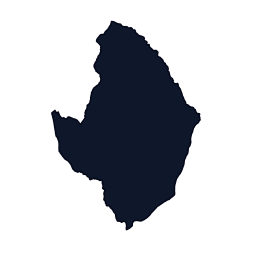 Garagoa, Boyacá, Colombia, rotated 125°
{"feature_id": "7082276B73861688893485", "entity_name": "Garagoa", "entity_type": "district", "adm_level": 2, "iso_a3": "COL", "parent_name": "Colombia", "parent_adm1": "Boyacá", "projection": "albers", "projection_center": [-73.307, 5.088], "detail": "fine", "context": "isolated", "style": "filled", "palette": "ink", "viewbox_px": 256, "rotation_deg": 125, "n_neighbors": 0, "source": "geoboundaries", "source_scale": "gbopen_adm2", "svg_char_len": 5820}
<svg xmlns="http://www.w3.org/2000/svg" viewBox="0 0 256 256"><g transform="rotate(125 128 128)"><path d="M174.0,58.4L171.2,57.4L170.7,57.1L168.7,56.5L165.5,55.0L163.9,54.3L162.9,53.4L160.8,53.0L158.7,52.2L156.5,51.7L156.0,51.7L154.6,52.4L153.7,53.3L152.0,54.5L149.3,56.3L148.2,56.9L142.6,59.0L140.8,59.3L136.9,59.4L135.9,59.3L135.6,59.2L132.8,59.6L131.6,59.8L126.0,61.4L125.0,61.8L124.5,62.2L123.7,62.5L121.8,63.6L119.2,63.9L118.3,64.4L116.7,64.4L114.3,64.7L111.5,66.1L110.4,66.9L109.4,67.3L108.0,67.2L106.6,67.3L105.7,67.7L104.1,68.2L103.6,68.5L101.5,70.3L100.5,70.9L97.1,72.4L94.0,73.1L90.8,74.3L86.6,74.6L83.4,73.6L82.4,73.6L80.9,73.9L80.6,73.9L80.2,73.6L79.9,73.7L79.1,74.7L78.0,75.4L77.4,76.7L75.5,77.3L75.4,77.6L75.5,78.0L76.4,79.5L76.4,80.2L75.6,82.0L74.5,83.5L74.4,83.7L74.7,84.6L74.6,84.8L74.0,85.8L73.9,86.1L74.0,86.8L74.6,88.1L75.1,89.9L74.8,91.5L74.8,91.9L75.0,92.9L75.5,94.3L75.4,94.5L74.7,94.9L74.4,95.1L73.8,95.9L73.6,96.4L73.5,96.9L73.1,97.3L72.5,98.7L71.3,100.2L70.5,101.9L68.7,104.0L67.8,105.4L66.3,107.4L65.2,110.3L64.9,110.8L64.7,111.1L63.7,111.9L63.2,112.6L63.1,112.9L63.4,113.2L64.4,114.0L64.5,114.3L64.9,115.9L64.9,116.6L64.8,117.1L64.6,117.5L64.3,117.8L63.4,117.9L62.9,118.6L62.6,119.4L62.1,120.0L62.2,121.5L62.0,122.0L62.1,122.4L62.0,122.7L61.2,123.6L61.0,124.4L60.3,124.7L59.8,125.4L58.9,126.3L58.6,126.7L58.4,128.1L58.3,128.4L56.9,128.8L55.9,129.6L55.2,130.6L55.1,131.0L54.7,133.3L53.8,134.6L53.8,135.0L53.9,135.9L53.8,136.5L53.6,137.0L52.9,137.8L52.6,138.2L52.3,139.1L51.8,142.0L52.3,144.3L52.2,144.8L51.5,145.6L50.9,146.0L49.1,146.8L48.7,147.2L48.6,147.5L48.4,149.5L49.9,151.3L50.0,152.0L49.6,154.0L49.4,155.9L49.2,157.0L48.7,157.6L47.7,158.4L47.6,158.6L47.7,158.9L48.7,159.8L48.8,160.4L48.7,160.6L48.3,161.1L47.2,161.4L46.9,161.6L46.6,162.2L46.6,162.6L46.9,163.9L46.7,165.2L46.4,165.6L45.1,166.2L44.9,166.4L44.8,166.7L44.7,167.5L45.0,169.1L45.4,170.5L45.9,171.9L46.0,172.4L46.0,172.8L45.5,174.6L45.6,176.3L44.2,178.0L43.9,178.7L44.5,179.5L44.7,179.9L44.7,180.5L44.2,181.6L44.1,182.2L44.2,183.2L44.6,183.7L45.7,184.5L45.9,184.9L45.6,186.5L46.1,187.5L46.4,188.2L46.7,188.5L47.5,189.6L47.8,190.6L47.8,192.1L47.4,193.0L47.3,193.6L47.5,194.2L48.2,195.5L48.5,196.4L48.9,198.0L49.1,200.3L49.9,202.1L50.2,202.5L53.3,201.4L55.8,201.3L57.9,201.1L59.0,201.2L62.2,201.8L63.3,201.6L64.2,201.5L65.0,201.6L65.6,201.8L66.5,203.2L67.4,203.9L67.8,204.0L71.0,204.3L72.6,204.3L73.6,204.2L75.0,203.5L75.6,199.3L76.4,197.3L76.8,196.8L77.1,196.6L77.5,196.6L78.5,195.6L79.4,195.5L79.6,195.4L80.1,194.7L81.2,194.1L81.9,194.0L82.6,193.7L83.3,193.5L85.2,193.4L86.2,193.6L86.6,193.5L87.7,193.0L89.3,193.0L91.3,192.2L91.9,192.2L92.6,192.4L93.1,192.2L94.4,192.0L95.4,192.0L95.6,191.8L95.7,191.2L96.5,191.4L97.1,191.0L97.4,190.7L97.6,190.1L98.2,189.2L99.1,187.4L99.7,186.9L99.7,186.1L99.6,185.8L99.9,184.7L99.9,182.4L100.0,181.6L100.1,181.4L101.4,180.7L101.8,180.3L102.3,179.4L103.0,178.6L104.1,177.8L105.7,177.2L106.3,177.1L106.9,177.1L107.9,177.4L108.3,177.2L109.0,176.9L111.5,177.9L112.1,178.1L113.1,178.0L114.0,178.8L114.6,178.8L115.3,178.7L116.4,178.8L117.9,178.4L118.7,178.0L119.3,178.1L119.6,178.3L120.9,177.5L122.7,176.8L123.6,176.2L124.2,176.2L125.5,175.2L127.9,174.3L128.8,173.8L129.1,173.7L131.3,173.8L132.4,174.3L132.8,174.4L133.5,173.9L135.5,172.8L136.2,172.7L136.4,172.5L136.9,172.4L137.6,172.7L137.8,172.7L138.7,172.2L139.7,172.1L140.5,171.6L140.5,171.3L140.9,170.9L141.5,170.6L142.4,170.5L143.3,169.9L143.7,169.3L144.1,168.9L152.3,168.9L152.0,170.7L151.4,172.0L151.4,172.5L151.0,173.6L150.9,174.2L151.0,175.8L151.8,178.0L152.7,182.3L152.8,182.6L153.3,183.3L153.8,183.4L155.5,183.5L156.1,183.6L156.4,184.3L156.5,186.5L156.7,186.8L157.6,187.3L157.9,187.9L157.8,188.3L157.6,189.7L157.3,190.7L155.6,193.5L155.0,194.2L155.4,194.6L156.7,195.1L155.6,197.9L157.7,198.6L159.4,199.0L159.7,198.8L161.8,196.3L163.8,194.0L166.1,191.6L169.5,188.4L172.5,185.4L173.8,184.3L175.5,182.5L175.9,182.0L176.1,181.3L176.2,180.5L178.3,177.5L179.1,176.5L181.6,174.5L183.4,173.4L186.3,171.2L186.6,170.8L186.7,169.9L187.0,169.4L187.3,169.0L187.8,167.1L188.5,165.4L189.5,161.8L189.3,158.2L189.4,157.6L190.3,154.6L190.8,153.3L192.9,150.1L193.2,149.3L193.5,147.6L193.7,147.3L193.0,143.9L192.8,143.6L191.6,143.2L191.0,142.7L191.1,142.2L191.4,141.8L191.4,141.6L190.8,141.3L190.6,141.1L190.6,140.8L190.9,140.3L190.4,139.4L190.6,139.0L191.4,138.4L191.3,138.0L190.3,135.6L190.3,134.8L190.4,134.4L191.0,133.7L191.0,133.1L190.7,132.4L190.7,131.9L191.0,131.1L191.8,130.1L192.0,129.5L191.9,129.2L191.7,129.0L190.4,128.4L189.8,127.6L189.1,127.4L188.8,127.1L188.7,126.9L188.8,126.0L188.5,125.8L188.1,125.8L187.8,125.5L187.9,124.4L187.3,123.3L187.1,121.1L186.7,120.5L186.0,120.2L185.7,119.7L185.7,119.4L185.9,119.0L186.2,118.7L187.0,118.1L187.1,117.4L187.5,117.2L188.0,117.3L188.3,117.0L188.8,116.2L189.9,115.1L190.7,114.6L191.5,114.5L191.8,114.2L192.1,113.0L191.9,112.0L192.0,111.3L194.3,110.6L195.7,110.0L196.2,109.5L196.7,108.8L197.3,108.3L198.8,107.4L200.3,106.8L200.6,106.5L200.7,106.3L200.8,104.8L201.0,104.6L201.6,104.2L201.7,103.6L201.9,103.4L202.4,103.3L202.5,103.2L203.0,101.9L203.8,101.2L203.8,100.6L202.8,99.2L202.6,98.7L202.7,98.1L203.3,96.8L203.5,95.7L203.5,94.7L204.0,93.2L204.9,91.6L205.2,90.2L205.6,89.0L205.9,88.5L207.0,87.7L207.8,86.7L208.3,86.4L208.7,85.8L208.9,85.7L209.1,85.1L209.3,84.6L209.8,84.1L210.2,83.3L210.1,83.0L209.1,81.4L208.9,80.8L208.9,79.6L208.8,79.1L206.9,78.1L206.5,77.6L206.4,77.2L206.5,76.2L206.4,76.0L207.4,74.4L208.3,73.6L209.1,72.9L210.9,72.0L212.1,71.0L212.0,70.8L209.5,69.5L208.4,69.1L206.0,68.5L205.4,68.6L204.1,69.5L203.1,69.9L201.9,70.0L200.7,69.8L199.8,69.2L198.8,68.0L198.4,67.5L197.4,65.2L196.6,64.0L195.9,63.5L193.7,62.3L191.1,61.3L189.9,60.9L186.6,60.3L184.4,60.3L180.0,59.6L178.0,59.4L177.0,59.2L176.0,59.2L175.5,59.1L174.0,58.4Z" fill="#0f172a" stroke="#020617" stroke-width="1.5"/></g></svg>